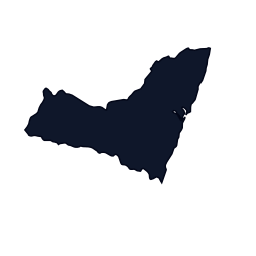 outline of Alagoas, rotated 345°
{"feature_id": "BRA-623", "entity_name": "Alagoas", "entity_type": "State", "adm_level": 1, "iso_a3": "BRA", "parent_name": "Brazil", "parent_adm1": "", "projection": "robinson", "projection_center": [-36.639, -9.667], "detail": "fine", "context": "isolated", "style": "filled", "palette": "ink", "viewbox_px": 256, "rotation_deg": 345, "n_neighbors": 0, "source": "natural_earth", "source_scale": "10m", "svg_char_len": 3626}
<svg xmlns="http://www.w3.org/2000/svg" viewBox="0 0 256 256"><g transform="rotate(345 128 128)"><path d="M228.1,72.4L225.5,78.1L222.7,82.3L220.8,87.2L219.0,90.1L217.9,93.0L212.3,101.3L210.8,102.6L210.8,102.1L209.3,103.0L207.7,104.4L206.4,105.9L205.9,107.5L205.7,108.6L200.5,117.3L199.9,118.1L196.8,120.4L195.1,121.3L193.9,123.7L192.5,128.4L191.7,128.5L191.1,128.8L189.5,128.9L188.9,129.1L188.4,129.5L187.2,130.4L188.2,128.6L189.1,127.4L189.3,126.1L188.1,123.8L187.5,123.1L186.7,122.2L185.8,121.9L185.0,122.9L185.2,123.4L186.1,125.2L186.4,126.1L186.4,128.1L186.1,128.9L185.7,129.2L185.2,129.4L182.4,132.7L182.0,133.0L181.4,131.7L180.8,130.2L180.8,129.4L178.8,125.9L179.0,124.9L178.1,123.6L176.6,123.0L175.2,123.8L176.0,125.1L177.8,126.4L178.8,127.4L179.2,128.3L180.7,134.0L181.0,134.5L181.9,134.8L182.1,134.5L182.1,133.9L182.4,133.4L184.5,133.0L185.5,132.7L185.9,131.9L185.1,133.7L181.8,137.3L180.4,141.9L179.1,143.5L176.1,146.1L174.6,150.0L174.1,150.6L173.4,151.1L172.7,152.2L170.5,157.3L169.6,158.3L167.0,159.4L163.7,164.3L156.6,170.8L154.6,173.2L154.1,174.4L153.9,176.1L154.0,177.0L154.1,177.5L154.1,177.9L153.9,178.5L146.4,189.6L145.9,188.0L145.2,184.7L144.8,184.0L143.4,182.8L142.8,182.5L139.1,183.4L136.8,183.5L136.1,182.8L136.1,181.2L136.6,178.5L136.3,177.0L135.7,175.5L134.9,174.2L132.6,171.2L131.7,170.9L130.4,171.4L129.2,172.7L128.8,172.9L128.3,172.7L125.8,171.6L124.1,169.9L123.3,169.3L120.8,168.8L119.4,168.3L118.8,167.5L118.5,166.3L117.7,164.8L116.6,163.5L115.7,162.8L113.3,161.9L112.5,161.3L112.1,160.0L111.7,153.6L111.3,152.4L110.3,150.9L109.1,150.1L107.9,150.4L106.6,151.1L105.3,150.8L104.1,150.0L100.3,146.2L98.6,145.2L96.2,144.6L95.4,144.7L94.8,144.9L94.1,144.9L93.3,144.3L92.9,143.8L92.4,142.4L91.9,141.8L88.7,138.1L87.3,137.0L84.8,135.8L79.7,134.2L77.5,133.0L76.0,133.5L74.4,133.4L72.7,133.0L71.3,132.4L67.9,129.8L66.0,128.9L64.1,126.4L62.6,125.9L58.1,125.4L56.6,125.9L55.8,123.9L53.8,122.6L51.8,121.7L50.8,120.6L49.9,119.8L44.1,118.3L43.3,117.6L42.8,116.6L42.4,115.4L42.3,114.0L41.8,113.7L38.4,112.2L37.4,111.6L36.5,111.2L35.3,110.8L32.9,110.7L32.2,110.5L31.5,110.2L30.8,109.7L30.3,109.2L30.2,109.0L30.2,108.6L29.9,107.7L27.9,103.2L30.9,100.9L33.2,98.5L34.7,95.6L35.8,93.9L36.5,93.0L37.3,92.4L39.7,91.7L43.4,90.5L45.2,89.3L47.5,85.6L49.8,83.0L52.1,81.2L53.9,79.3L54.7,78.2L55.2,77.1L55.2,76.4L55.1,75.2L55.1,74.4L55.5,72.4L55.5,71.7L55.6,71.0L56.0,70.3L58.0,68.7L58.8,68.4L59.4,68.6L60.7,70.1L61.0,70.7L61.2,71.3L61.5,71.9L62.6,73.5L62.9,74.2L62.9,75.0L63.1,75.8L63.4,76.5L63.8,77.1L64.4,77.7L65.3,78.0L66.4,77.9L67.3,77.5L70.0,75.3L70.8,74.9L71.6,74.6L73.1,74.5L74.3,74.6L75.5,76.4L76.2,77.9L76.7,78.7L77.3,79.2L78.9,79.7L79.7,80.0L82.5,81.9L96.2,96.6L99.8,98.8L100.6,99.1L104.7,99.8L106.4,100.3L108.1,101.4L110.3,104.0L110.9,104.6L112.0,105.0L114.3,100.2L115.9,98.8L117.4,98.4L119.0,98.3L130.5,99.4L131.3,99.5L132.0,99.8L133.6,100.5L134.6,100.7L135.3,100.4L136.0,99.8L136.5,99.1L137.9,98.1L140.2,96.9L142.5,95.2L143.6,94.5L144.4,94.2L150.4,93.6L155.7,89.3L156.0,88.2L156.6,86.9L156.9,85.8L157.5,85.2L165.0,79.9L165.5,79.3L165.6,78.9L165.6,78.6L165.5,78.2L165.2,77.7L165.0,77.1L165.0,76.6L165.5,76.2L167.1,75.5L168.4,73.9L171.9,71.0L172.5,70.9L173.1,70.7L173.9,71.7L174.7,72.0L175.6,71.7L178.7,70.1L180.5,69.6L183.5,69.5L184.9,69.2L185.8,69.2L186.0,69.6L186.0,70.2L186.1,70.9L186.7,71.4L188.0,71.8L189.7,72.6L190.9,72.9L191.7,72.8L192.4,72.5L197.0,69.3L198.1,68.8L204.6,66.7L206.1,66.4L207.1,66.6L207.2,66.9L207.3,67.4L207.4,67.9L207.8,68.3L208.3,68.6L210.6,69.3L212.3,70.2L218.1,70.3L224.5,71.7L226.5,71.5L227.1,71.7L228.1,72.4L228.1,72.4Z" fill="#0f172a" stroke="#020617" stroke-width="1.5"/></g></svg>